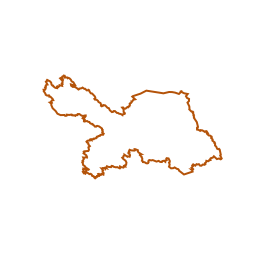 SVG path tracing the border of Irkutsk, rotated 216°
{"feature_id": "RUS-2602", "entity_name": "Irkutsk", "entity_type": "Region", "adm_level": 1, "iso_a3": "RUS", "parent_name": "Russia", "parent_adm1": "", "projection": "equal_earth", "projection_center": [107.861, 57.716], "detail": "fine", "context": "isolated", "style": "outline", "palette": "amber", "viewbox_px": 256, "rotation_deg": 216, "n_neighbors": 0, "source": "natural_earth", "source_scale": "10m", "svg_char_len": 5920}
<svg xmlns="http://www.w3.org/2000/svg" viewBox="0 0 256 256"><g transform="rotate(216 128 128)"><path d="M85.2,117.6L89.1,116.6L90.2,115.4L91.8,114.7L92.2,114.0L92.0,113.0L91.3,112.6L91.1,111.4L91.4,110.9L92.5,110.2L94.4,110.1L95.9,109.2L96.4,109.7L98.3,109.7L97.6,110.0L97.7,110.5L98.6,111.8L100.2,112.5L100.3,112.9L102.6,113.1L103.0,114.1L102.3,114.6L105.1,114.4L106.4,114.9L106.9,115.8L109.5,115.2L110.2,114.8L109.3,113.9L109.6,113.4L112.4,111.7L113.9,111.3L113.6,109.7L112.8,109.3L113.2,108.8L113.1,108.1L112.7,107.7L111.2,107.8L110.3,107.1L109.8,105.7L111.5,105.0L111.6,104.4L115.2,104.3L114.8,103.8L115.2,102.9L114.7,101.9L115.2,100.6L113.8,100.2L110.7,100.1L109.0,99.2L107.9,97.1L108.5,96.1L107.5,95.3L108.8,94.8L108.3,94.3L108.9,93.5L108.7,93.2L110.5,92.3L111.8,92.2L111.2,91.0L110.1,90.7L113.8,90.0L114.6,89.1L117.1,88.1L117.9,88.3L119.0,87.7L118.7,86.4L121.0,85.0L122.5,84.7L122.3,84.1L122.8,82.9L121.9,82.7L123.1,82.2L122.7,81.6L123.5,81.7L124.8,80.8L124.5,80.2L125.5,79.7L123.3,79.1L123.5,78.5L122.9,77.7L121.2,77.2L120.5,75.8L122.6,75.3L122.8,74.6L122.3,74.4L122.3,74.1L122.9,73.6L124.6,73.8L125.1,73.2L123.4,72.1L124.8,71.0L124.3,70.4L125.6,69.2L124.8,68.5L125.0,68.0L126.1,68.1L127.6,68.8L128.5,68.2L129.3,68.3L129.9,69.0L131.3,69.0L132.1,68.0L136.5,67.9L136.9,67.5L136.1,66.1L134.7,66.0L136.8,65.8L137.1,65.4L138.4,65.9L138.1,66.2L138.5,66.4L138.2,66.9L139.9,68.0L139.6,68.6L140.2,69.0L139.3,69.6L136.7,69.4L136.5,70.6L135.4,71.0L135.4,71.4L138.8,71.2L140.9,71.8L142.3,71.6L143.6,72.6L144.0,73.3L144.7,73.3L144.8,74.1L145.3,74.4L145.0,74.8L145.4,75.0L145.5,76.9L146.9,77.8L145.6,78.5L144.8,80.0L143.9,80.0L144.0,80.4L145.7,81.4L148.9,81.4L148.8,81.9L149.6,82.5L149.1,82.9L149.6,83.5L146.6,86.1L146.8,87.5L148.7,89.1L148.2,90.9L150.4,91.4L151.2,92.4L152.8,92.2L153.6,92.6L153.3,93.9L151.6,95.4L152.0,95.9L151.9,96.6L150.2,96.8L150.8,97.6L149.3,98.7L149.5,99.2L148.9,99.5L148.4,100.6L147.9,100.8L147.6,101.8L148.1,102.6L147.1,103.7L147.2,104.2L146.1,105.1L146.3,106.2L144.4,107.8L145.0,108.3L144.3,108.7L144.3,109.1L146.3,109.4L146.4,110.4L147.2,110.7L147.3,111.5L148.1,111.5L148.7,112.3L152.3,112.3L154.2,111.6L154.7,110.9L154.6,110.4L155.5,109.7L157.9,110.2L158.6,109.9L159.2,110.4L160.2,109.8L161.5,109.6L162.8,110.2L163.8,109.6L165.2,109.6L167.2,107.5L167.6,107.5L168.1,108.3L167.7,108.7L167.9,109.3L170.5,109.2L170.5,109.6L169.7,110.0L169.2,111.0L169.2,112.8L169.6,113.3L170.5,112.5L170.1,111.5L170.7,111.8L172.8,110.7L175.5,110.7L176.9,109.7L177.0,109.0L176.6,108.6L178.0,107.5L177.8,106.9L179.3,106.5L179.8,105.8L181.2,105.8L181.2,105.3L182.2,105.1L183.2,104.0L185.2,102.9L184.8,102.5L184.9,101.9L186.0,100.9L187.0,101.2L190.1,98.8L193.5,98.1L196.5,99.2L200.6,99.7L203.6,101.5L204.3,102.6L206.2,102.7L205.7,103.3L204.8,103.2L204.4,103.7L205.8,104.5L205.7,106.0L204.9,106.6L206.0,107.2L208.9,107.7L210.1,107.1L210.6,107.9L211.1,108.0L212.4,106.7L214.1,106.5L215.1,107.3L217.9,108.3L218.0,109.0L218.7,109.4L217.6,110.3L217.8,111.5L219.0,112.0L219.0,112.6L218.6,113.1L219.5,113.9L219.4,115.0L218.7,115.8L221.6,117.2L221.2,118.2L221.7,118.8L221.7,119.4L218.2,119.9L216.8,119.5L215.4,118.2L214.1,117.9L213.4,118.3L212.8,117.8L210.4,117.8L208.8,118.6L209.8,119.8L209.7,120.2L208.4,120.3L208.2,121.6L208.6,122.4L206.1,123.4L206.8,124.0L206.7,125.0L207.8,125.2L207.6,126.2L208.2,126.8L208.6,128.0L209.3,127.9L209.2,128.7L210.1,128.6L210.5,128.0L212.1,128.3L211.7,129.2L210.6,129.7L211.3,130.5L211.3,131.3L210.6,131.8L210.6,132.6L210.0,132.4L209.7,132.9L208.8,132.4L208.7,131.7L207.1,133.0L206.3,132.9L206.4,133.3L204.6,133.8L202.7,133.5L201.0,132.6L199.1,132.9L195.8,131.5L196.5,130.8L199.8,129.7L198.9,128.8L196.8,128.8L195.4,129.9L193.0,130.2L190.7,130.0L190.3,130.8L190.5,131.3L189.0,132.8L188.5,134.0L186.3,134.0L185.8,134.5L183.5,134.2L182.3,135.2L182.4,135.6L181.6,135.7L180.8,135.0L178.5,134.2L177.3,134.8L173.5,134.1L172.3,133.4L171.9,132.5L172.3,131.8L171.6,131.5L170.0,132.4L168.2,132.3L167.2,131.7L164.9,132.0L163.4,131.0L163.0,130.1L162.0,130.1L161.1,131.6L161.4,132.1L159.7,132.9L156.4,132.3L155.2,132.8L153.2,131.7L150.4,131.4L149.6,132.2L149.4,132.8L149.6,133.2L148.6,134.0L145.8,133.7L145.0,134.3L143.7,134.3L142.0,135.1L140.1,135.2L140.4,135.8L139.0,137.5L139.2,138.1L141.0,138.4L142.5,140.5L144.7,141.1L144.1,141.7L142.4,141.4L141.4,142.2L140.8,144.6L140.1,144.8L140.2,145.6L139.6,146.3L140.0,146.8L139.9,147.8L140.9,148.5L140.9,149.1L140.2,150.2L140.3,151.0L140.8,151.5L140.2,151.9L140.3,154.0L139.1,155.4L143.0,155.9L142.8,156.6L138.1,163.1L135.1,169.0L119.7,176.9L116.0,181.2L113.6,182.9L110.7,184.3L106.8,185.5L106.5,187.3L106.9,188.5L106.3,189.2L105.3,188.7L103.0,189.1L99.7,190.6L99.8,187.8L97.8,187.0L95.7,187.4L94.5,185.6L94.8,183.5L91.2,181.6L89.7,179.9L89.4,179.1L86.4,178.6L85.3,179.3L84.6,179.2L84.1,178.5L84.3,178.2L82.3,177.2L82.5,176.7L80.8,175.6L80.7,175.0L75.8,173.2L72.1,170.1L71.8,169.5L72.3,169.1L72.3,168.7L71.2,167.3L69.7,168.0L67.9,168.1L67.7,168.4L67.9,169.0L66.4,169.8L63.7,170.0L63.6,170.7L62.6,171.6L60.5,170.8L61.2,170.1L60.2,169.6L58.1,169.5L57.5,170.0L55.3,170.2L54.8,169.8L54.9,168.8L52.8,168.5L52.3,167.4L49.4,167.3L49.3,166.6L48.2,166.4L47.3,165.0L45.7,164.8L43.7,163.6L42.5,163.9L42.1,164.6L41.1,164.4L37.2,160.9L37.3,160.0L34.3,158.4L34.4,157.5L34.8,157.0L36.4,156.9L37.8,155.1L41.9,155.6L42.0,153.8L43.2,152.4L43.4,151.6L42.4,150.6L43.2,150.0L43.0,149.8L43.6,148.2L45.3,147.5L44.8,146.4L44.7,145.3L45.0,144.9L44.3,144.3L44.8,143.8L44.5,143.2L46.1,142.3L46.4,140.7L47.6,139.9L49.4,140.4L50.2,139.4L51.3,139.0L51.4,137.1L53.9,136.9L54.0,135.5L53.0,135.4L53.3,133.3L51.1,133.0L51.1,132.2L52.2,131.6L51.1,131.5L50.1,130.7L55.4,123.3L61.7,123.5L62.5,124.1L63.4,124.2L64.4,123.7L67.1,123.5L67.7,122.2L69.4,120.7L72.1,120.8L72.7,122.8L74.4,124.1L74.1,124.5L74.7,125.8L77.3,127.2L79.0,126.3L79.0,125.7L77.8,124.7L78.6,123.7L78.0,122.6L79.7,122.6L80.8,121.4L80.6,120.4L82.0,119.5L83.9,119.4L85.2,117.6Z" fill="none" stroke="#b45309" stroke-width="2"/></g></svg>